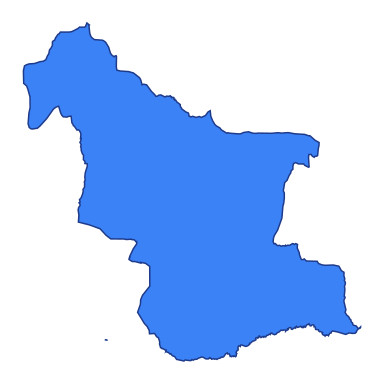 Shinyanga, Shinyanga, United Republic of Tanzania (Natural Earth projection)
{"feature_id": "72390352B3732768371218", "entity_name": "Shinyanga", "entity_type": "district", "adm_level": 2, "iso_a3": "TZA", "parent_name": "United Republic of Tanzania", "parent_adm1": "Shinyanga", "projection": "natural_earth1", "projection_center": [33.123, -3.598], "detail": "fine", "context": "isolated", "style": "filled", "palette": "blue", "viewbox_px": 384, "rotation_deg": 0, "n_neighbors": 0, "source": "geoboundaries", "source_scale": "gbopen_adm2", "svg_char_len": 5945}
<svg xmlns="http://www.w3.org/2000/svg" viewBox="0 0 384 384"><path d="M29.2,127.4L30.7,128.7L32.4,129.0L37.4,128.2L40.0,126.0L46.7,118.6L53.5,109.0L55.9,107.2L58.2,106.3L58.7,106.3L60.6,112.8L61.7,115.1L63.2,116.8L67.0,117.1L68.5,116.4L71.1,116.2L71.9,122.8L73.1,124.5L73.3,125.6L74.4,126.3L77.0,130.1L78.5,129.9L79.3,130.4L80.7,133.1L80.9,134.7L80.5,138.6L81.2,138.5L80.7,141.1L79.9,142.2L81.2,144.8L80.6,146.7L81.1,147.8L81.2,150.5L82.4,153.8L83.5,155.2L83.4,159.7L85.1,161.7L84.9,163.5L87.2,163.7L87.3,166.1L85.3,172.6L84.8,177.1L85.1,179.1L84.8,181.4L84.3,181.9L84.6,183.4L84.5,187.3L83.0,189.4L83.2,191.6L82.4,194.6L81.1,197.8L79.5,199.6L80.1,202.2L79.0,202.8L80.1,204.5L80.0,205.6L78.7,207.4L78.1,209.9L78.9,215.1L78.4,222.1L89.4,224.9L100.1,228.8L106.2,235.4L110.8,238.9L124.1,239.0L126.2,239.5L131.3,239.2L131.3,239.4L132.4,239.7L134.3,239.8L136.4,242.2L136.6,242.0L136.7,243.8L133.3,248.8L130.0,255.8L129.4,257.6L129.8,257.5L129.0,259.5L132.2,261.5L135.2,261.6L140.8,263.1L140.7,262.4L145.5,263.3L149.7,266.4L149.8,286.1L142.6,295.2L140.7,299.6L140.4,304.3L137.6,312.3L144.4,323.5L147.1,326.4L149.2,330.4L149.5,333.8L154.6,333.5L156.6,336.7L158.3,337.7L159.4,340.7L159.7,342.8L159.5,344.0L160.6,347.7L161.7,347.9L162.0,348.6L163.5,348.9L165.4,350.2L166.1,350.1L165.8,351.4L166.1,351.1L167.2,352.3L168.2,352.3L170.1,354.1L170.8,353.7L172.3,355.7L174.6,356.5L176.6,359.4L183.5,360.9L184.0,361.0L185.0,360.0L189.8,360.6L191.1,360.5L191.9,359.6L193.2,360.2L194.2,359.5L197.2,359.1L198.0,358.4L201.7,357.0L202.8,357.1L205.9,358.9L208.4,358.9L209.4,357.9L209.9,358.2L210.0,357.8L211.4,358.5L211.6,359.2L213.9,358.7L214.5,359.2L215.9,358.9L217.0,359.4L218.0,358.6L220.7,357.9L221.3,357.0L222.9,357.2L223.8,356.6L225.7,353.8L227.4,353.0L227.6,353.9L229.3,353.9L230.2,356.4L230.8,356.0L231.7,356.7L232.9,355.9L233.8,356.5L234.3,356.0L235.5,356.7L236.2,356.0L236.4,353.9L236.8,353.6L236.1,352.7L236.6,351.0L237.8,350.5L238.3,349.1L237.8,348.0L238.5,346.0L239.2,345.8L240.3,346.5L240.7,345.1L241.8,345.0L245.2,346.3L246.5,346.3L248.2,345.5L249.8,344.1L249.6,343.4L250.0,343.0L250.7,343.0L252.5,341.3L254.3,340.8L256.0,339.7L255.6,338.5L255.8,338.0L257.1,337.6L257.4,338.0L258.0,337.3L258.3,337.8L258.7,337.5L259.4,336.7L259.2,336.1L259.9,336.2L261.0,337.6L262.7,336.6L263.6,337.2L264.1,336.4L265.1,337.0L265.8,336.9L266.6,335.4L267.7,335.4L269.1,334.2L270.3,334.6L270.7,333.3L271.8,333.0L272.2,333.7L274.4,334.7L276.0,334.2L277.1,332.9L279.2,331.9L280.9,330.2L282.6,330.4L284.2,329.9L286.3,330.2L285.6,330.6L285.6,331.1L286.1,330.5L286.7,330.5L288.4,329.4L288.4,329.0L287.8,328.6L289.9,327.5L290.9,327.7L291.4,329.2L292.1,329.4L294.8,327.5L295.3,328.2L295.8,327.9L295.7,327.1L296.5,326.3L297.4,327.3L298.2,327.3L300.8,326.2L301.4,327.3L302.4,326.8L302.9,327.7L303.8,327.4L303.7,326.3L304.2,326.1L305.5,327.1L306.6,324.9L307.4,324.5L308.1,324.7L309.0,323.7L310.3,325.9L311.2,325.8L312.0,325.0L313.2,324.7L313.7,325.0L314.3,326.0L314.0,326.7L314.9,326.8L315.5,327.9L315.4,329.0L315.9,329.5L318.4,329.7L318.6,330.8L319.5,331.7L320.6,331.6L322.6,332.6L322.1,333.5L322.3,334.0L323.4,335.1L324.7,335.3L325.1,336.1L326.2,334.8L326.9,335.3L327.9,335.0L328.5,335.7L329.3,333.9L330.1,333.2L331.2,332.9L331.3,332.0L332.5,331.0L337.4,331.9L345.7,334.4L349.2,332.9L352.3,333.4L355.0,333.3L356.4,332.1L356.4,331.3L358.1,329.1L360.3,328.0L360.6,327.4L360.6,326.9L359.4,328.1L358.0,328.4L356.3,326.0L353.3,325.1L352.8,324.5L352.6,323.0L351.4,322.0L350.7,319.5L349.5,318.8L349.4,317.9L348.4,316.4L346.9,315.3L345.1,312.4L345.9,309.8L343.9,301.3L344.0,300.0L345.1,297.6L344.8,296.7L344.3,296.5L344.3,295.9L344.9,289.6L344.5,286.3L345.4,283.6L345.2,282.0L344.3,280.5L344.8,278.8L343.9,275.7L344.0,272.3L341.4,270.7L338.9,266.2L333.2,265.0L325.5,265.3L322.1,264.9L318.5,263.5L317.2,261.3L306.4,261.0L304.2,258.9L303.0,259.6L301.7,259.6L301.1,259.0L299.6,255.0L299.1,252.3L297.2,248.0L297.5,244.4L295.7,243.6L294.3,244.5L293.4,243.8L292.5,243.6L289.5,245.4L287.7,245.2L285.8,246.0L285.4,245.3L284.9,245.9L282.6,245.7L281.4,246.3L279.5,245.3L278.0,245.6L277.0,245.3L275.4,243.6L274.0,243.8L273.1,241.5L273.5,238.1L274.3,235.6L277.6,230.1L281.9,218.1L282.9,206.2L283.7,203.4L284.3,198.3L284.3,192.9L283.3,190.9L284.7,182.6L287.1,180.2L289.1,175.5L290.7,173.0L291.2,170.8L292.9,169.2L292.9,166.3L293.6,163.5L295.8,162.6L298.3,163.9L303.6,164.0L305.0,165.5L308.4,167.2L309.1,166.9L308.5,157.6L308.8,154.6L311.1,154.4L312.2,156.1L314.2,157.3L315.2,156.1L316.6,156.2L317.6,155.6L318.3,148.5L319.0,145.4L319.1,142.5L315.1,140.3L309.9,135.7L308.8,135.8L304.7,134.4L295.0,133.8L288.1,132.6L281.6,133.1L277.8,132.7L271.6,133.3L258.2,133.1L255.6,133.4L252.9,133.2L248.6,131.8L243.9,132.4L240.8,133.7L239.1,133.9L229.8,133.2L227.8,132.7L226.8,133.2L221.4,129.9L219.8,127.9L216.2,125.8L214.8,124.4L212.7,120.9L210.8,116.2L210.2,110.7L208.0,112.0L205.5,115.5L201.3,117.4L199.3,116.5L196.1,117.4L192.7,116.3L190.8,117.0L189.8,116.2L189.0,116.1L188.6,113.5L188.0,112.7L186.2,112.2L182.1,109.2L180.2,106.1L180.3,104.6L176.8,101.9L175.8,100.2L174.8,100.2L174.9,99.2L173.9,99.1L173.9,97.6L172.9,97.3L172.0,97.8L171.4,96.6L170.5,96.7L170.2,95.8L168.8,96.3L166.5,96.1L165.1,97.0L160.8,94.9L158.7,95.2L157.3,96.2L155.9,96.3L154.7,94.6L151.5,91.5L146.6,84.8L143.6,84.2L142.1,84.8L140.7,79.8L139.6,77.8L133.5,73.0L128.7,71.6L120.2,71.0L116.8,70.1L116.3,66.6L116.5,56.4L116.1,55.7L115.0,56.0L114.2,56.8L111.8,55.1L110.4,53.0L108.6,47.1L105.6,42.2L103.7,40.8L102.4,40.2L94.4,39.6L92.2,38.0L90.9,36.5L89.8,33.4L88.9,25.4L89.4,25.0L86.9,23.0L85.4,26.7L84.2,27.2L79.5,27.1L78.1,28.4L71.9,31.6L69.0,32.1L60.3,32.1L59.2,33.8L58.0,34.3L55.4,38.1L54.8,40.0L53.0,41.1L52.4,42.0L52.4,45.4L51.1,47.9L49.5,49.9L48.8,53.7L47.4,55.9L45.9,59.6L43.4,61.2L40.0,61.7L34.6,63.5L29.1,63.9L26.4,64.8L24.5,65.9L23.4,70.8L23.7,83.4L26.6,85.9L27.9,89.3L30.0,97.0L30.1,107.7L28.9,113.3L28.1,123.8L29.2,127.4ZM106.1,339.8L104.8,339.8L107.6,340.3L106.1,339.8Z" fill="#3b82f6" stroke="#1e3a8a" stroke-width="1.5"/></svg>